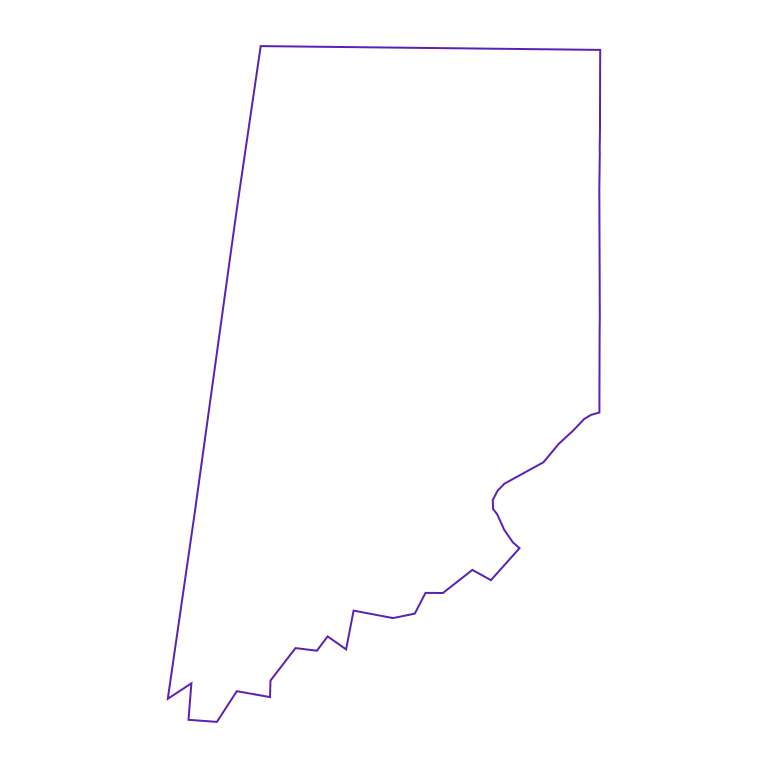 Dearborn, Indiana, United States of America
{"feature_id": "52423323B83355931672108", "entity_name": "Dearborn", "entity_type": "district", "adm_level": 2, "iso_a3": "USA", "parent_name": "United States of America", "parent_adm1": "Indiana", "projection": "equal_earth", "projection_center": [-84.939, 39.121], "detail": "fine", "context": "isolated", "style": "outline", "palette": "violet", "viewbox_px": 768, "rotation_deg": 0, "n_neighbors": 0, "source": "geoboundaries", "source_scale": "gbopen_adm2", "svg_char_len": 701}
<svg xmlns="http://www.w3.org/2000/svg" viewBox="0 0 768 768"><path d="M167.8,698.8L191.4,683.3L188.5,719.8L216.9,721.9L236.8,691.2L270.0,697.1L270.5,680.5L295.5,648.1L316.9,650.7L327.6,636.4L346.1,649.4L353.6,610.6L392.9,618.1L414.8,613.6L425.5,592.9L442.9,593.0L472.4,569.9L490.9,580.2L519.5,548.2L512.9,542.4L504.3,530.0L497.1,514.1L493.1,509.0L492.8,499.9L497.6,490.7L504.5,483.6L529.3,470.0L543.5,462.2L558.8,443.8L572.7,431.0L584.2,419.0L591.0,414.9L599.4,412.5L599.6,333.2L599.8,317.7L599.4,206.8L599.3,191.3L599.7,160.2L599.8,153.9L599.7,148.1L600.0,128.4L600.0,110.8L600.2,49.9L260.7,46.1L238.1,200.3L234.0,229.4L194.8,512.3L167.8,698.8Z" fill="none" stroke="#5b21b6" stroke-width="2"/></svg>